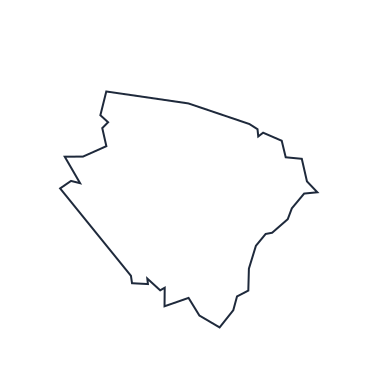 outline of Harrison, Kentucky, United States of America, rotated 239°
{"feature_id": "52423323B26576691311255", "entity_name": "Harrison", "entity_type": "district", "adm_level": 2, "iso_a3": "USA", "parent_name": "United States of America", "parent_adm1": "Kentucky", "projection": "orthographic", "projection_center": [-84.363, 38.43], "detail": "fine", "context": "isolated", "style": "outline", "palette": "slate", "viewbox_px": 384, "rotation_deg": 239, "n_neighbors": 0, "source": "geoboundaries", "source_scale": "gbopen_adm2", "svg_char_len": 648}
<svg xmlns="http://www.w3.org/2000/svg" viewBox="0 0 384 384"><g transform="rotate(239 192 192)"><path d="M108.2,109.6L103.0,134.5L82.3,134.7L61.7,145.9L69.4,166.5L79.3,176.8L78.5,189.5L97.0,201.3L113.0,219.1L118.1,233.5L115.8,239.7L119.4,260.1L126.6,269.2L132.9,287.3L127.2,299.3L141.9,296.0L163.9,303.2L173.5,290.2L189.7,295.3L206.2,283.5L205.5,277.4L212.1,280.5L220.7,276.2L269.8,234.5L322.3,170.3L305.0,153.0L295.0,156.0L293.0,148.0L275.4,142.2L278.5,116.8L287.8,101.1L257.2,100.6L263.8,94.0L263.0,80.8L151.6,96.5L144.7,93.6L135.8,106.8L140.8,109.1L124.1,114.1L124.0,119.3L108.2,109.6Z" fill="none" stroke="#1e293b" stroke-width="2"/></g></svg>